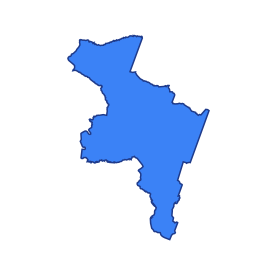 Kahemba, Bandundu, Democratic Republic of the Congo, rotated 290°
{"feature_id": "63176286B37251946319002", "entity_name": "Kahemba", "entity_type": "district", "adm_level": 2, "iso_a3": "COD", "parent_name": "Democratic Republic of the Congo", "parent_adm1": "Bandundu", "projection": "albers", "projection_center": [18.943, -7.197], "detail": "fine", "context": "isolated", "style": "filled", "palette": "blue", "viewbox_px": 256, "rotation_deg": 290, "n_neighbors": 0, "source": "geoboundaries", "source_scale": "gbopen_adm2", "svg_char_len": 5770}
<svg xmlns="http://www.w3.org/2000/svg" viewBox="0 0 256 256"><g transform="rotate(290 128 128)"><path d="M82.7,101.1L82.9,101.3L82.6,101.8L83.1,102.2L82.8,102.7L83.1,103.0L83.0,103.3L83.5,103.6L83.1,103.9L83.5,104.4L83.0,104.9L83.8,105.0L83.8,105.3L83.4,105.6L84.0,105.9L84.1,106.8L83.7,108.3L84.0,109.1L84.2,109.3L84.4,108.9L85.2,109.3L85.5,110.1L85.9,110.2L85.9,110.4L85.3,110.5L85.2,110.7L86.2,112.4L87.8,112.4L87.8,112.9L88.7,113.8L88.9,114.1L88.4,114.2L88.2,115.4L89.2,116.4L89.0,117.1L89.4,116.9L90.5,118.3L90.1,119.4L89.5,119.7L89.8,120.1L89.2,120.3L89.0,120.8L89.1,121.2L89.9,121.6L89.4,122.6L89.6,123.3L90.1,123.0L90.2,123.3L89.9,124.4L90.6,126.9L91.2,126.5L91.5,127.1L91.3,128.1L91.4,128.8L92.5,130.5L92.6,131.1L93.5,131.8L94.4,133.3L96.1,134.1L96.6,135.3L97.3,135.8L97.5,137.6L98.1,138.0L98.2,138.7L99.3,139.5L99.6,140.3L99.0,140.6L99.4,141.0L99.4,141.8L100.0,141.5L100.8,141.9L102.1,141.8L102.8,143.1L103.5,143.6L102.7,145.1L102.7,146.8L102.3,147.6L98.3,154.0L97.0,155.3L96.6,155.3L94.6,154.2L92.4,152.5L91.6,152.3L91.3,152.5L90.7,153.9L89.4,155.6L88.1,156.2L85.8,156.6L84.2,157.6L83.1,157.6L83.0,156.9L82.7,156.7L81.0,156.4L79.5,155.5L78.4,155.8L77.4,156.8L77.2,159.3L75.7,160.0L75.3,160.6L75.6,162.1L75.2,163.0L74.9,164.9L74.4,165.1L74.3,165.8L74.6,166.4L74.1,166.6L74.4,167.3L74.1,168.8L73.8,169.1L74.4,170.5L73.8,171.4L73.7,171.8L71.7,171.9L71.0,172.3L69.4,174.0L68.8,174.1L68.7,174.4L68.9,174.6L68.3,175.6L67.6,175.1L67.2,175.5L67.0,175.2L66.7,175.2L66.5,175.7L66.1,175.7L65.9,176.4L65.5,176.4L65.5,176.9L65.0,177.1L64.8,177.6L65.4,177.9L64.9,178.2L64.8,178.7L64.2,178.5L63.8,179.4L64.1,179.8L63.6,180.0L63.6,180.7L63.1,181.1L62.8,181.8L60.5,181.9L60.0,181.4L58.8,181.5L56.8,182.2L55.7,182.2L55.3,182.2L53.3,180.6L52.7,180.7L52.6,181.2L52.0,180.6L51.5,180.8L51.7,180.0L50.5,180.0L46.1,181.9L41.9,184.6L41.0,186.5L39.8,187.8L39.7,188.3L40.3,189.7L39.9,191.5L40.7,194.1L38.8,195.5L37.9,197.3L37.5,199.8L37.4,205.4L42.1,205.6L43.8,206.4L44.9,208.0L45.8,208.3L47.4,207.0L56.0,207.1L56.3,206.0L54.9,204.4L55.6,203.2L55.9,201.9L59.1,201.5L60.6,199.2L65.5,197.9L66.2,197.4L70.0,197.9L71.2,197.4L72.9,197.3L74.1,197.9L73.4,198.4L73.7,199.6L75.0,200.0L75.7,199.5L76.0,199.6L76.1,200.0L78.1,200.7L79.0,200.2L80.0,200.7L80.9,199.9L81.9,199.5L81.3,198.4L93.1,198.4L93.5,197.8L93.6,195.9L94.7,195.1L95.6,193.8L95.8,192.5L115.1,191.5L115.3,194.7L115.0,194.8L114.9,195.2L115.6,195.6L116.8,197.7L116.8,198.3L172.0,198.2L172.5,196.6L172.1,194.7L165.2,192.0L165.2,190.7L164.9,190.3L164.0,189.8L164.4,188.2L165.1,187.7L165.0,186.7L165.8,186.2L165.6,181.9L167.2,179.8L167.8,179.3L167.7,178.5L168.2,178.1L168.1,177.1L169.1,172.8L169.7,172.1L169.6,170.5L169.0,169.9L168.9,169.1L168.8,167.8L167.8,166.5L166.7,164.0L166.3,161.8L167.2,161.3L167.3,160.6L174.4,160.7L175.4,160.4L176.3,159.4L176.2,158.5L177.1,157.4L176.4,154.8L177.3,154.5L178.7,153.6L179.6,152.2L180.9,151.8L181.9,152.2L182.0,152.1L181.6,150.8L180.9,150.1L179.9,149.7L180.0,148.9L180.5,148.8L180.5,148.6L179.5,147.9L177.2,142.9L177.9,141.8L177.8,140.7L177.5,140.6L176.6,138.1L177.0,137.7L176.6,137.2L177.3,135.8L177.2,134.0L177.8,132.8L178.0,131.2L177.7,130.8L178.1,129.0L177.8,128.2L178.0,127.6L177.4,126.3L178.0,125.6L178.4,122.7L180.6,118.4L182.8,115.8L183.2,115.8L181.8,113.3L181.6,110.6L217.4,110.7L218.5,110.0L218.0,109.5L218.6,109.2L218.3,108.8L218.0,108.0L218.1,107.6L217.7,106.9L217.7,105.4L217.1,105.2L216.8,104.9L217.2,104.1L217.0,103.0L217.1,102.5L216.4,101.9L216.6,101.3L215.8,101.4L215.7,99.6L215.2,98.3L213.2,96.9L212.7,95.8L212.8,95.0L212.6,94.7L211.8,94.6L211.5,92.9L210.6,92.9L210.5,92.1L209.6,91.0L208.9,90.9L208.5,90.0L207.6,89.7L207.9,89.3L206.9,88.1L206.9,87.3L206.2,87.4L206.0,86.4L205.2,85.9L205.4,85.0L204.9,85.0L204.9,84.3L204.3,84.1L203.5,83.2L202.7,82.8L202.8,82.1L201.9,81.3L201.5,81.4L201.2,80.5L200.1,79.0L199.9,78.2L198.7,78.0L198.2,76.9L197.4,76.7L196.4,74.3L196.0,73.9L196.0,72.2L196.2,71.9L195.4,71.0L195.4,70.2L195.8,69.6L195.3,68.4L195.9,68.3L196.1,67.9L195.6,66.6L196.6,66.7L195.9,65.7L196.5,64.8L196.4,62.9L195.6,62.2L195.7,61.7L196.8,61.2L197.0,60.3L196.8,59.8L195.8,58.5L195.6,56.9L195.0,55.3L194.9,53.4L194.3,53.1L194.2,52.5L193.8,52.5L193.2,52.9L191.8,53.2L190.6,54.0L189.5,54.4L187.4,54.1L184.3,53.0L182.9,52.9L179.3,51.1L178.1,49.7L177.8,49.6L177.0,49.9L175.7,49.5L175.2,48.4L174.0,47.8L173.0,47.7L171.7,48.6L171.1,49.6L168.9,55.5L168.3,56.5L166.1,57.3L164.9,57.1L164.1,56.6L163.0,56.6L163.9,58.0L164.3,59.5L164.0,61.7L163.6,62.5L164.0,63.6L163.5,64.2L163.6,64.8L162.9,66.3L162.8,68.1L162.2,69.2L162.3,69.9L162.1,70.7L162.4,71.3L162.4,72.2L161.9,72.7L162.0,74.5L160.8,76.0L159.4,80.4L159.6,80.8L158.7,81.9L158.5,84.2L158.1,84.6L158.2,85.1L157.9,86.2L158.3,87.3L158.9,87.9L158.7,88.9L158.3,89.4L157.5,89.1L157.2,89.5L155.9,88.9L155.1,89.5L154.2,89.8L153.7,90.9L152.2,92.0L151.3,94.1L150.6,94.7L150.3,95.4L149.2,95.9L148.9,96.6L147.7,96.7L146.8,97.2L146.2,98.9L145.6,98.9L145.2,99.4L144.8,99.5L144.5,100.3L143.9,100.5L143.8,101.7L143.0,102.1L141.7,101.8L140.8,101.9L140.2,101.4L139.6,101.5L138.9,102.0L138.2,102.0L136.9,102.7L132.6,103.6L132.1,100.2L130.0,96.5L129.8,95.5L129.4,95.1L129.1,94.2L128.0,93.7L127.1,92.9L127.5,92.4L127.4,92.0L125.6,91.7L124.8,92.3L123.7,92.0L123.2,90.3L123.5,89.9L123.3,89.1L123.0,88.9L122.7,89.4L122.5,89.0L121.4,90.0L121.2,90.5L121.4,91.1L121.1,91.4L121.2,92.2L121.0,92.5L119.7,92.6L118.9,92.9L118.8,93.3L117.6,93.0L116.6,93.6L115.9,93.5L114.0,92.0L112.8,91.7L112.1,92.3L110.6,94.6L109.6,95.0L108.9,94.4L108.9,93.2L110.6,90.8L110.8,89.5L110.2,88.4L108.5,86.9L107.2,85.9L106.6,85.7L101.3,88.0L99.2,87.7L94.8,91.7L94.7,92.6L95.2,93.9L94.7,94.6L94.1,94.9L93.6,95.0L93.1,94.6L92.3,92.1L83.8,94.1L83.5,94.8L83.9,96.0L85.2,96.6L85.5,98.0L85.9,98.4L85.8,98.9L84.6,101.1L82.7,101.1Z" fill="#3b82f6" stroke="#1e3a8a" stroke-width="1.5"/></g></svg>